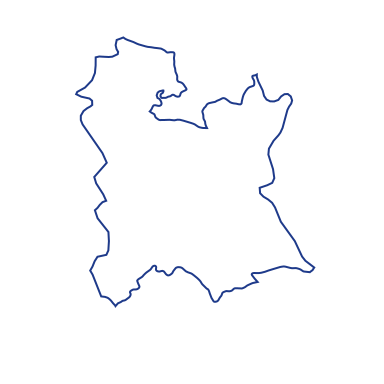 SVG path tracing the border of Srednje-Banatski, rotated 16°
{"feature_id": "SRB-1061", "entity_name": "Srednje-Banatski", "entity_type": "District", "adm_level": 1, "iso_a3": "SRB", "parent_name": "Republic of Serbia", "parent_adm1": "", "projection": "robinson", "projection_center": [20.51, 45.43], "detail": "fine", "context": "isolated", "style": "outline", "palette": "blue", "viewbox_px": 384, "rotation_deg": 16, "n_neighbors": 0, "source": "natural_earth", "source_scale": "10m", "svg_char_len": 5760}
<svg xmlns="http://www.w3.org/2000/svg" viewBox="0 0 384 384"><g transform="rotate(16 192 192)"><path d="M221.9,61.2L222.6,63.5L225.4,67.6L232.0,75.0L234.8,79.8L238.2,82.6L242.1,83.3L246.0,82.3L249.6,79.7L251.3,75.6L253.9,72.5L257.1,71.4L260.6,72.9L263.0,76.4L263.0,79.7L261.8,83.1L261.1,86.8L261.4,105.4L260.6,110.5L259.5,113.6L256.3,120.2L254.0,129.1L255.1,135.0L263.6,147.7L267.3,156.0L266.6,161.1L262.4,164.8L255.9,169.3L257.8,174.4L262.0,176.8L267.2,178.2L272.0,180.3L276.1,184.0L285.6,196.1L304.4,210.9L315.6,223.7L320.0,226.9L330.3,230.9L330.2,231.2L329.4,233.9L327.7,236.1L327.4,236.6L321.4,237.6L320.5,237.5L318.1,236.7L317.1,236.5L315.9,236.4L313.6,236.4L312.5,236.6L309.2,237.7L308.2,237.8L307.1,237.9L302.7,238.0L301.7,238.1L300.6,238.3L298.8,239.1L297.4,239.8L291.3,243.7L287.3,246.3L284.1,248.6L281.4,250.2L280.7,250.6L278.6,251.5L273.9,252.8L273.0,253.2L272.4,253.7L272.2,254.1L272.1,254.6L272.3,255.0L272.6,255.4L276.1,258.0L279.9,260.4L275.6,262.7L274.5,263.5L271.0,266.5L270.2,267.5L269.3,268.7L268.8,269.2L267.4,270.4L266.5,271.0L262.3,272.0L259.9,272.7L259.4,273.0L258.8,273.6L257.7,275.5L257.2,276.0L256.7,276.4L255.6,277.0L255.1,277.2L253.1,277.6L252.5,277.7L251.9,278.0L251.2,278.5L249.8,279.6L249.4,280.1L249.1,280.5L249.0,281.1L248.9,282.8L248.8,283.6L247.9,285.7L247.1,288.9L246.8,289.5L246.4,290.0L246.0,290.4L244.9,291.0L244.4,291.2L243.9,291.3L243.3,291.3L242.6,290.9L242.2,290.5L240.0,288.5L237.1,284.7L235.7,282.6L235.1,281.9L234.4,281.3L233.6,280.9L232.9,280.9L227.4,277.9L226.6,277.3L224.8,275.6L223.1,274.5L220.6,273.2L216.6,271.5L214.5,270.7L213.5,270.5L210.1,270.3L209.0,270.1L207.9,269.9L204.0,268.0L203.1,267.7L202.3,267.6L201.6,267.6L199.9,267.9L198.8,268.3L197.8,269.0L197.3,269.6L197.0,270.3L195.9,273.0L195.4,275.4L195.0,276.1L194.1,277.3L193.4,278.0L192.7,278.5L191.9,278.8L191.0,278.7L189.7,278.2L187.2,276.3L186.4,276.0L185.8,276.0L185.2,276.0L184.2,276.5L183.1,277.2L182.5,277.5L181.9,277.6L181.1,277.7L180.2,277.6L179.7,277.4L179.2,277.1L178.8,276.6L178.6,276.1L178.4,274.5L178.2,274.0L178.0,273.6L177.3,273.2L176.8,273.1L176.3,273.2L175.7,273.5L175.1,274.0L174.7,274.5L174.4,275.3L173.6,277.7L173.1,278.5L170.4,281.9L169.5,283.3L168.4,285.3L167.8,286.7L167.2,287.6L164.7,290.4L164.1,291.3L163.8,292.1L163.8,292.4L164.2,293.1L165.7,295.1L167.1,296.7L167.5,297.3L167.6,298.1L167.4,298.8L167.0,299.5L166.3,300.3L165.6,300.8L165.0,301.1L163.0,301.7L162.4,302.0L161.8,302.4L160.5,303.8L160.0,304.7L160.0,305.4L160.3,305.9L161.1,306.9L161.3,307.7L161.3,308.4L161.2,309.1L161.0,309.8L160.6,310.6L157.9,314.1L157.2,314.7L155.2,315.8L153.8,317.5L151.5,319.4L149.9,322.8L149.5,322.3L146.8,320.7L144.3,318.9L143.3,318.3L141.9,317.6L140.6,317.1L139.5,316.9L137.2,316.8L133.5,317.4L119.2,298.8L115.8,295.6L116.9,291.1L117.5,285.4L119.0,280.3L127.0,276.0L127.7,271.2L125.7,262.2L122.7,253.5L108.5,243.3L103.7,236.3L105.5,233.4L106.9,229.8L108.8,226.4L111.9,224.1L107.3,218.7L97.5,210.1L93.9,204.5L102.0,187.4L95.2,179.3L68.2,157.2L65.3,153.5L64.1,149.3L65.4,144.1L68.1,140.4L70.8,137.7L72.1,135.8L70.8,131.8L67.7,130.4L59.3,130.9L53.7,129.9L54.1,127.4L60.4,121.1L65.1,112.1L65.9,104.4L64.5,97.0L62.3,89.1L65.5,87.3L68.7,86.6L74.7,85.2L78.1,83.9L82.6,80.0L82.4,77.7L80.1,75.5L78.1,71.9L77.7,66.6L81.2,64.1L81.8,63.6L83.4,62.4L85.7,63.2L86.8,63.4L88.2,63.6L94.4,64.0L98.0,64.6L100.2,64.8L102.5,64.8L107.1,64.8L109.4,64.7L112.9,64.1L116.4,63.7L118.6,63.3L122.6,62.7L123.4,62.8L124.0,62.9L126.3,63.4L127.2,63.7L128.8,64.5L129.5,64.7L129.9,64.7L130.8,64.4L132.6,63.6L134.3,63.1L135.4,62.9L135.9,62.9L136.4,63.1L136.8,63.6L137.1,64.3L137.3,65.2L137.6,67.4L137.8,68.4L139.0,71.4L139.8,74.6L140.7,76.4L141.7,77.9L142.9,80.8L143.3,81.4L145.0,83.4L145.9,84.8L146.1,85.5L146.7,87.9L147.2,88.7L147.8,89.3L148.5,89.7L148.9,89.7L150.9,89.7L151.8,89.8L153.0,90.2L153.7,90.6L154.7,91.3L156.2,92.6L157.7,93.8L158.2,94.4L158.4,95.0L158.2,95.4L157.7,96.0L155.8,97.6L154.5,98.9L154.1,99.7L153.9,100.4L153.9,102.2L153.8,102.9L153.4,103.6L152.7,104.0L152.1,104.3L151.4,104.4L150.5,104.4L149.7,104.3L148.2,103.8L147.5,103.7L146.7,103.8L146.1,104.2L144.9,105.8L144.3,106.2L142.9,106.9L141.4,108.3L140.6,108.8L138.3,109.5L137.0,109.9L136.5,109.7L135.4,108.8L135.1,107.8L135.1,106.7L135.6,105.8L136.5,104.9L136.8,103.3L136.7,102.7L136.5,102.3L136.0,102.4L132.9,104.2L131.6,105.9L131.4,108.8L132.9,111.1L135.0,111.5L136.7,112.9L137.7,114.1L138.3,115.2L138.4,116.0L138.3,116.8L138.0,117.2L137.6,117.7L136.9,118.2L136.3,118.4L135.6,118.5L132.8,118.7L132.2,118.9L131.6,119.1L131.1,119.7L130.8,120.4L130.3,123.5L129.7,125.2L129.2,126.2L131.0,126.9L133.9,127.5L134.4,127.7L134.7,128.0L136.0,129.8L136.4,130.2L137.3,130.7L139.9,131.6L140.5,131.7L141.1,131.7L141.8,131.6L143.1,131.1L145.0,130.6L148.6,129.4L150.5,128.8L153.4,128.3L155.1,128.0L155.8,127.7L158.1,126.5L159.6,126.1L160.6,125.9L164.0,125.8L171.8,125.9L174.0,126.0L175.1,126.1L176.2,126.3L179.5,127.4L180.4,127.6L181.4,127.7L183.5,127.6L185.1,127.4L188.8,126.4L187.1,124.5L186.4,123.5L185.9,122.6L185.3,121.1L185.0,120.6L182.9,118.4L182.4,117.2L181.6,114.8L180.2,112.6L179.8,111.9L179.7,111.1L179.8,110.6L180.3,108.6L180.5,107.9L181.5,106.2L182.2,103.8L182.8,102.9L183.9,101.9L187.2,100.1L188.8,99.3L189.5,98.9L190.9,97.4L193.2,95.6L195.1,93.8L195.8,93.3L196.4,93.1L197.0,93.0L197.9,93.0L198.7,93.2L199.9,93.6L202.8,94.7L204.0,95.2L204.9,95.3L205.9,95.4L207.7,95.3L210.2,94.9L212.6,94.8L213.6,94.6L214.2,94.5L214.6,94.2L215.0,93.7L215.2,93.0L214.9,91.0L214.8,88.9L214.7,86.6L214.8,84.5L215.0,83.4L215.9,79.9L217.0,77.3L217.6,76.3L218.5,75.3L221.5,73.2L222.0,72.6L222.2,71.9L222.1,71.2L222.0,70.6L221.3,68.5L220.6,67.4L219.2,66.1L218.5,65.2L218.2,64.5L218.1,64.1L218.3,63.7L218.8,63.3L220.2,62.6L220.8,62.2L221.4,61.7L221.8,61.3L221.9,61.2Z" fill="none" stroke="#1e3a8a" stroke-width="2"/></g></svg>